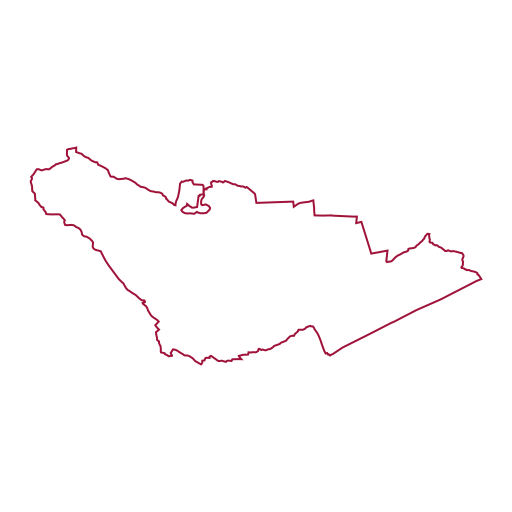 outline of Carligele, Vrancea, Romania
{"feature_id": "2599482B24522284823020", "entity_name": "Carligele", "entity_type": "district", "adm_level": 2, "iso_a3": "ROU", "parent_name": "Romania", "parent_adm1": "Vrancea", "projection": "natural_earth1", "projection_center": [27.055, 45.686], "detail": "fine", "context": "isolated", "style": "outline", "palette": "rose", "viewbox_px": 512, "rotation_deg": 0, "n_neighbors": 0, "source": "geoboundaries", "source_scale": "gbopen_adm2", "svg_char_len": 6011}
<svg xmlns="http://www.w3.org/2000/svg" viewBox="0 0 512 512"><path d="M361.4,221.9L356.2,223.1L356.9,216.6L353.1,216.6L333.8,215.7L331.4,215.5L331.3,215.4L322.8,215.6L314.6,215.4L314.1,210.3L314.2,208.6L313.3,200.4L312.1,200.7L309.2,201.7L300.8,202.8L298.2,203.7L293.8,206.8L293.2,201.6L256.4,202.9L255.1,194.4L254.8,193.7L247.3,187.4L246.4,187.0L245.6,187.7L244.7,187.4L243.8,186.7L242.7,186.4L240.5,186.4L239.8,186.0L237.8,185.8L235.2,184.3L233.1,184.2L228.2,182.0L224.9,181.0L223.5,182.2L222.9,182.5L222.2,181.9L218.8,181.1L217.9,181.8L216.9,181.9L214.1,181.0L213.2,180.9L213.1,181.3L211.3,182.2L211.0,182.8L211.1,183.5L211.8,186.0L211.8,186.7L209.4,187.0L206.1,188.5L206.4,189.3L203.9,189.4L203.7,193.2L203.8,194.1L204.2,195.2L203.7,196.8L201.8,199.0L201.2,200.8L201.1,203.9L201.5,204.6L202.1,205.1L203.5,205.0L205.5,204.4L206.7,204.9L208.9,206.1L210.1,208.0L209.6,209.6L206.5,212.8L203.5,213.3L200.3,213.2L197.8,212.5L197.0,211.9L196.0,212.5L194.3,213.8L190.1,213.3L187.4,213.5L185.1,213.2L182.8,212.1L181.3,210.1L183.0,208.1L185.2,206.6L186.6,206.0L187.1,203.9L188.6,205.1L189.2,205.9L190.3,206.6L191.0,206.8L191.3,207.2L192.0,207.7L193.4,207.7L197.1,207.0L198.6,196.0L199.7,195.8L199.8,194.8L203.5,194.3L203.6,187.3L203.4,185.7L202.8,185.1L202.4,184.8L193.8,184.4L192.5,182.2L192.5,180.6L191.0,180.1L189.8,179.9L188.1,180.7L186.4,180.5L182.9,181.8L182.1,181.8L181.7,181.6L180.1,183.6L179.3,190.6L178.2,196.1L177.6,198.0L176.3,200.9L175.5,203.6L175.5,205.3L175.0,205.2L173.9,204.7L172.4,203.2L169.2,201.8L168.1,200.8L166.8,199.1L166.1,198.7L165.9,197.3L164.9,196.4L163.0,195.4L162.7,194.8L162.6,194.3L161.8,193.4L160.3,192.7L158.3,192.2L156.3,192.3L154.1,191.7L150.6,191.1L148.6,190.0L145.3,187.8L142.9,187.1L140.6,186.8L138.9,185.5L137.4,184.7L135.3,182.7L130.7,180.0L128.2,178.9L125.1,178.2L124.0,178.7L118.7,179.2L116.6,178.7L113.4,176.6L112.0,176.8L110.5,176.4L108.7,172.5L107.9,170.1L105.4,168.2L100.8,165.8L98.2,164.8L98.0,164.0L97.2,162.5L96.9,162.2L95.3,162.3L92.2,160.9L91.4,160.5L88.3,157.9L85.4,157.0L82.8,155.1L81.7,153.8L79.9,153.4L76.1,152.0L76.2,147.6L74.8,148.1L73.2,148.2L70.3,148.9L68.5,149.0L67.7,149.5L67.4,149.9L67.0,149.9L66.9,155.2L67.5,156.2L68.7,157.5L69.0,158.5L68.4,159.6L67.6,160.4L61.3,162.8L59.5,163.2L57.3,164.1L56.0,164.2L54.6,165.5L52.4,166.7L49.2,169.3L45.9,169.1L41.9,170.3L41.3,170.3L38.6,169.2L37.4,169.2L36.8,169.3L35.2,171.6L34.0,173.7L31.2,176.9L31.8,177.6L32.0,178.6L31.7,179.5L30.8,181.0L30.7,181.4L31.0,182.9L31.6,184.6L32.1,186.8L32.2,187.5L32.0,188.9L32.4,190.0L32.2,190.9L32.6,191.5L34.9,193.6L35.0,196.1L35.3,198.6L35.2,200.3L38.3,202.8L39.2,204.1L39.4,204.7L41.5,207.1L42.9,207.3L43.4,207.6L43.5,208.1L43.4,209.2L45.7,212.2L46.1,213.9L47.2,214.2L51.9,214.4L58.2,214.3L60.0,214.5L62.2,217.4L63.4,218.4L63.8,219.2L64.7,220.0L64.8,220.5L64.2,221.6L64.3,222.5L64.5,223.5L65.2,225.0L67.2,225.2L71.4,224.9L73.4,225.2L74.2,225.5L76.4,227.1L78.7,228.1L80.4,229.6L81.0,230.8L81.7,232.2L82.0,234.3L82.7,235.2L84.2,236.3L86.5,236.7L87.5,237.2L89.5,238.4L91.9,240.7L93.1,242.5L92.7,246.1L92.9,247.6L93.8,248.7L95.2,249.7L100.8,251.3L101.9,253.7L105.5,260.6L108.8,265.6L118.9,279.2L122.3,282.5L123.1,283.0L126.1,288.2L127.6,289.9L129.5,291.0L132.0,292.8L135.8,295.1L139.2,298.4L141.7,300.2L144.5,300.5L145.0,302.0L144.7,302.3L143.6,302.4L142.6,302.9L142.9,303.7L146.1,306.3L147.2,308.0L148.0,310.4L150.7,314.9L151.9,316.3L153.6,317.6L157.2,320.0L158.7,321.6L155.3,325.2L156.6,327.1L159.0,329.6L156.0,332.2L156.0,333.1L157.2,339.0L157.0,339.6L157.3,340.2L159.0,341.4L159.0,342.7L159.3,343.7L159.9,345.1L160.5,345.9L160.9,349.5L160.7,350.9L161.0,352.4L164.6,353.2L165.0,354.2L167.7,355.4L168.4,356.2L169.5,356.2L170.6,355.8L171.8,355.9L172.0,355.6L170.7,353.0L173.1,349.3L174.0,349.6L175.1,349.7L176.8,350.4L180.6,352.9L183.2,354.4L184.4,355.4L187.4,355.5L189.2,356.0L192.7,358.3L195.4,361.2L201.1,364.4L201.4,364.2L202.2,362.6L202.4,361.5L202.3,360.7L204.5,360.4L205.3,358.2L206.0,357.8L209.6,357.9L209.6,356.6L210.8,355.9L211.4,356.1L218.0,360.8L218.8,361.1L221.9,360.7L225.9,361.9L226.6,361.1L227.6,360.7L228.6,360.6L231.5,361.0L232.3,359.3L238.2,359.1L241.3,359.2L239.7,357.4L238.9,355.9L243.1,354.8L248.0,354.6L248.4,353.5L248.5,352.3L250.9,352.5L252.5,352.2L255.5,352.3L256.5,352.0L258.0,351.0L258.3,350.6L258.3,349.8L258.7,348.9L259.0,348.8L259.4,348.8L260.6,349.6L261.4,350.0L262.3,349.5L265.1,350.3L266.1,350.2L268.2,349.3L270.2,349.0L273.0,347.2L273.8,346.2L274.8,345.7L279.7,344.0L280.1,343.4L281.3,342.6L286.1,340.7L287.2,339.2L290.0,336.4L292.4,335.7L293.3,335.9L294.0,335.8L294.3,335.4L294.4,334.8L295.0,333.9L298.0,331.3L298.3,330.0L298.7,329.7L302.8,329.8L303.9,329.3L305.5,328.4L305.9,327.6L306.5,327.2L309.8,326.0L310.4,325.9L310.9,326.3L313.0,326.5L314.1,328.1L314.8,329.6L317.4,333.2L319.0,336.5L320.8,341.1L321.8,344.2L324.3,351.0L325.7,353.5L327.1,353.0L327.9,354.4L328.7,354.2L329.1,354.9L329.7,355.1L330.1,355.5L331.8,354.4L332.6,354.2L342.3,347.7L369.8,333.9L391.8,322.6L393.3,322.1L416.4,310.1L440.5,299.5L476.5,281.0L481.3,279.1L478.8,275.2L477.5,274.5L477.5,273.3L477.3,273.1L476.3,272.4L473.5,271.4L471.4,271.1L468.8,270.0L466.7,270.1L465.9,269.4L464.9,269.3L463.9,268.4L461.6,267.9L461.4,267.6L461.5,267.2L462.6,265.6L462.9,264.7L462.9,263.1L463.1,261.8L462.4,260.4L462.3,259.3L463.5,256.5L463.6,255.8L463.4,255.2L462.3,253.4L461.8,253.0L460.4,252.9L456.3,251.7L453.4,251.1L450.9,251.4L448.1,250.3L446.4,251.1L445.0,250.9L443.7,249.6L443.1,249.3L441.1,247.6L439.0,246.9L437.5,245.6L436.9,245.2L435.3,245.4L434.8,244.9L433.2,244.3L432.7,243.1L432.4,242.8L430.1,242.5L429.5,241.9L429.9,239.7L429.3,237.9L429.1,234.6L429.3,234.0L427.4,233.8L425.3,236.2L424.8,236.8L424.3,238.5L423.0,239.8L422.1,241.1L420.4,242.3L418.8,244.0L416.5,245.7L415.6,247.0L415.1,247.4L413.1,248.1L410.7,248.3L408.6,248.8L408.3,249.1L408.2,250.4L407.9,250.8L406.5,251.6L403.6,252.4L400.1,254.5L397.7,255.6L395.5,257.2L392.2,260.7L390.8,261.5L387.8,261.8L387.0,262.1L386.3,261.3L387.5,250.6L371.3,253.6L361.4,221.9Z" fill="none" stroke="#9f1239" stroke-width="2"/></svg>